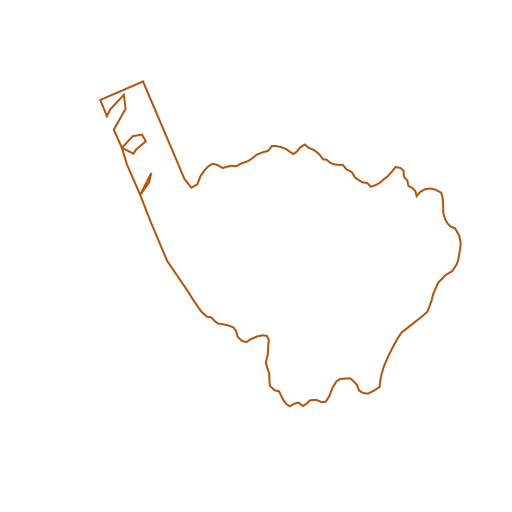 Santa Luzia do Itanhy, Sergipe, Brazil (Equal Earth projection), rotated 17°
{"feature_id": "56859067B77744961178342", "entity_name": "Santa Luzia do Itanhy", "entity_type": "district", "adm_level": 2, "iso_a3": "BRA", "parent_name": "Brazil", "parent_adm1": "Sergipe", "projection": "equal_earth", "projection_center": [-37.504, -11.37], "detail": "fine", "context": "isolated", "style": "outline", "palette": "amber", "viewbox_px": 512, "rotation_deg": 17, "n_neighbors": 0, "source": "geoboundaries", "source_scale": "gbopen_adm2", "svg_char_len": 2197}
<svg xmlns="http://www.w3.org/2000/svg" viewBox="0 0 512 512"><g transform="rotate(17 256 256)"><path d="M127.4,231.4L144.7,253.4L172.6,286.8L201.5,310.0L209.1,316.6L212.6,319.4L219.5,324.9L226.6,328.3L231.4,327.8L234.7,329.9L239.1,331.7L245.0,330.9L250.6,330.5L255.2,330.9L258.9,333.5L261.9,338.5L267.5,341.4L272.1,341.1L275.2,337.2L280.7,332.5L285.5,329.9L289.8,329.2L292.9,332.8L294.1,339.0L296.0,346.2L296.6,355.2L299.9,360.2L303.0,364.4L304.7,369.6L307.1,375.9L313.0,379.0L317.6,378.7L321.2,382.6L325.1,386.5L328.6,388.9L332.1,389.9L335.6,386.3L339.4,383.7L344.7,385.7L347.6,382.4L349.8,378.2L355.7,375.9L361.2,376.6L365.3,375.0L367.0,369.0L367.8,358.9L369.7,352.1L372.6,348.9L377.7,346.9L382.0,345.5L386.2,347.4L390.1,349.7L393.9,354.5L398.4,355.7L403.2,354.9L407.3,351.2L412.4,345.2L411.1,337.4L410.6,332.3L410.6,323.6L411.8,312.7L413.2,304.8L415.3,294.1L417.6,286.5L424.8,276.2L432.8,264.7L436.3,258.9L436.9,248.0L436.6,240.3L437.9,228.5L442.8,218.9L448.1,213.0L450.3,205.8L450.6,200.7L449.8,195.2L449.1,189.0L447.7,183.0L444.4,177.2L438.4,171.5L433.2,170.9L429.1,168.5L426.0,165.3L422.7,160.5L419.9,152.1L417.2,145.3L414.5,141.3L408.2,140.1L403.7,140.3L398.4,142.5L394.2,146.8L392.1,151.8L389.2,147.1L384.9,145.0L381.3,144.5L378.8,139.8L374.2,136.7L372.1,131.2L368.3,129.6L363.5,130.1L361.4,135.3L358.6,141.3L356.0,145.0L353.4,149.2L350.5,152.5L345.7,156.2L340.8,153.6L336.3,154.5L332.5,153.4L327.9,152.1L323.2,147.8L317.4,146.8L312.3,143.5L307.7,144.8L303.2,145.6L299.1,145.0L295.4,143.2L291.9,144.0L287.4,140.6L283.2,138.7L279.7,137.5L274.9,137.2L270.0,135.1L266.3,139.5L264.7,144.0L261.9,147.6L258.4,146.6L253.8,145.0L248.0,144.5L243.0,145.0L239.1,146.1L236.8,152.0L232.3,154.7L227.2,158.8L224.0,163.5L220.4,167.8L215.3,171.4L210.6,176.1L206.1,176.9L202.4,179.0L198.4,181.6L192.8,180.2L187.5,180.5L184.1,184.2L181.7,189.4L179.6,195.4L179.0,204.5L174.2,209.5L165.2,203.5L152.4,188.1L96.9,122.1L61.4,152.3L72.6,165.9L73.7,158.5L82.5,140.5L88.2,153.4L83.1,176.8L96.1,191.7L105.8,206.2L127.4,231.4ZM96.1,191.7L103.2,177.4L111.5,173.2L117.1,178.5L110.3,189.0L108.8,194.0L96.1,191.7ZM127.4,231.4L131.6,207.2L132.2,217.0L127.4,231.4Z" fill="none" stroke="#b45309" stroke-width="2"/></g></svg>